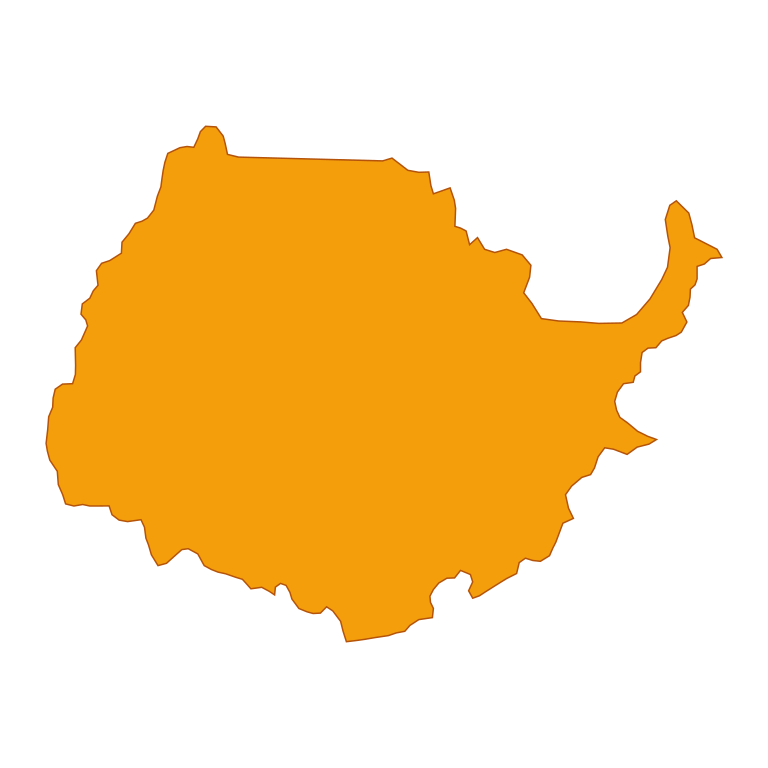 Petrolina de Goiás, Goiás, Brazil (Mercator projection)
{"feature_id": "56859067B28071747683411", "entity_name": "Petrolina de Goiás", "entity_type": "district", "adm_level": 2, "iso_a3": "BRA", "parent_name": "Brazil", "parent_adm1": "Goiás", "projection": "mercator", "projection_center": [-49.296, -16.111], "detail": "fine", "context": "isolated", "style": "filled", "palette": "amber", "viewbox_px": 768, "rotation_deg": 0, "n_neighbors": 0, "source": "geoboundaries", "source_scale": "gbopen_adm2", "svg_char_len": 2694}
<svg xmlns="http://www.w3.org/2000/svg" viewBox="0 0 768 768"><path d="M656.5,439.5L647.7,436.3L637.6,431.3L627.8,423.1L619.9,417.4L616.6,410.2L614.7,401.4L617.4,392.1L623.5,383.7L633.2,382.3L634.9,376.0L640.5,371.8L640.5,362.6L642.1,352.5L648.0,348.1L655.9,347.7L661.7,340.9L667.8,338.3L676.1,335.5L681.3,332.1L686.9,322.0L682.3,312.4L688.4,305.4L690.0,297.2L690.4,289.1L695.0,284.9L697.1,278.9L697.1,266.4L704.4,264.0L710.6,258.5L721.9,257.5L717.1,249.3L694.6,237.8L691.9,224.6L688.8,213.1L676.3,200.8L669.8,205.3L665.3,219.5L667.8,236.1L670.1,247.7L667.5,267.3L661.7,279.6L650.0,298.9L636.6,314.5L621.9,323.0L598.8,323.4L580.8,321.9L558.7,321.0L541.4,318.6L531.9,303.4L523.7,292.8L529.6,277.2L530.9,265.3L522.2,254.9L506.5,249.3L494.8,252.5L484.6,249.3L477.5,237.6L469.6,244.7L466.1,231.0L460.6,228.1L454.9,226.3L455.6,208.4L454.3,200.2L450.1,187.9L433.4,193.8L430.9,185.6L428.8,172.0L418.8,172.3L407.8,170.3L392.0,158.1L382.6,160.9L238.5,157.1L227.5,154.4L225.1,143.2L223.2,136.1L216.1,126.9L205.6,126.3L200.4,131.6L197.8,138.8L193.8,147.3L187.0,146.5L179.9,147.7L167.8,153.4L164.9,162.2L163.2,170.3L161.9,179.1L160.9,186.9L157.4,196.1L153.8,210.1L147.5,218.1L142.0,221.2L135.4,223.3L129.0,233.7L122.0,242.2L121.4,253.2L109.7,260.6L101.6,263.3L96.4,270.7L98.0,285.3L93.3,290.8L89.8,298.2L82.3,303.9L81.0,314.2L85.8,319.9L87.6,326.0L81.4,340.0L75.2,347.7L75.6,365.4L75.4,374.5L72.6,383.7L62.5,384.1L55.2,389.2L53.1,398.1L52.7,407.2L48.7,416.7L47.7,429.5L46.1,443.4L47.4,451.2L49.8,460.1L57.3,471.3L58.3,484.6L62.7,494.7L65.6,503.9L73.9,506.0L82.7,504.5L89.8,506.0L97.7,506.0L109.1,505.9L112.0,514.7L119.1,520.1L127.6,521.6L141.0,519.7L144.5,527.3L145.9,538.1L148.5,544.9L151.4,554.8L158.0,565.6L166.5,563.3L175.5,555.2L181.8,549.6L188.2,548.7L197.8,553.9L204.2,565.6L211.4,569.5L218.0,572.1L225.7,573.8L235.5,577.2L242.4,579.3L246.7,584.0L250.9,588.8L261.7,587.3L269.4,591.4L274.6,594.9L275.4,587.1L280.5,583.4L286.1,585.4L290.0,592.5L291.9,599.0L298.9,608.5L307.0,611.8L313.1,613.5L320.4,613.1L326.6,606.8L332.8,610.9L340.6,621.3L343.1,631.3L346.4,641.7L357.2,640.4L364.9,639.3L374.9,637.6L388.4,635.6L396.3,632.9L404.8,631.3L409.9,625.4L418.8,619.6L432.4,617.6L433.4,608.4L430.5,602.4L429.9,596.2L433.4,589.5L438.8,583.0L446.9,578.2L454.6,577.9L460.5,570.4L470.4,574.5L472.7,581.9L468.6,590.8L472.7,598.2L479.4,595.8L485.0,592.1L496.7,584.7L506.5,578.6L516.6,573.5L519.2,562.6L525.4,558.2L532.9,560.5L540.4,561.3L549.5,555.7L552.8,548.1L555.8,542.2L562.9,523.2L573.4,518.4L568.5,508.2L565.5,494.7L571.6,486.1L581.8,477.4L590.6,474.6L594.5,467.9L598.1,456.8L604.7,447.8L613.4,449.2L627.1,454.4L637.2,447.1L649.0,444.1L656.5,439.5Z" fill="#f59e0b" stroke="#b45309" stroke-width="1.5"/></svg>